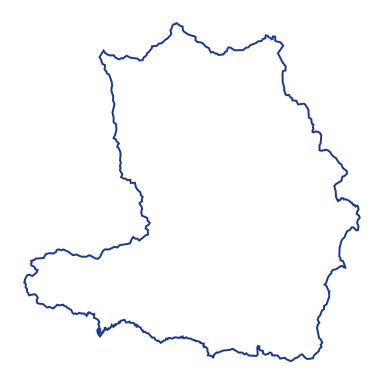 the district of Chiang Dao, Chiang Mai, Thailand
{"feature_id": "78962969B42466635698108", "entity_name": "Chiang Dao", "entity_type": "district", "adm_level": 2, "iso_a3": "THA", "parent_name": "Thailand", "parent_adm1": "Chiang Mai", "projection": "mercator", "projection_center": [98.857, 19.536], "detail": "fine", "context": "isolated", "style": "outline", "palette": "blue", "viewbox_px": 384, "rotation_deg": 0, "n_neighbors": 0, "source": "geoboundaries", "source_scale": "gbopen_adm2", "svg_char_len": 5936}
<svg xmlns="http://www.w3.org/2000/svg" viewBox="0 0 384 384"><path d="M273.0,36.4L272.6,38.9L271.6,39.3L270.2,37.7L268.5,37.2L267.5,35.6L265.7,35.4L265.3,38.3L262.9,39.0L261.5,41.0L258.2,41.4L256.2,42.9L250.2,45.3L248.2,47.4L246.0,47.7L243.1,50.1L234.7,50.3L230.4,47.6L228.7,47.4L227.7,48.3L226.8,51.3L225.5,51.6L223.3,54.4L218.5,55.0L217.2,53.7L215.6,53.6L212.9,52.0L210.8,52.4L208.8,48.1L205.6,46.5L202.5,42.9L197.2,41.9L195.5,40.2L195.7,37.5L195.2,36.6L188.7,34.7L184.4,32.0L182.9,30.3L182.6,26.6L180.6,26.0L176.3,23.0L175.4,24.0L173.3,24.5L172.3,25.9L171.5,28.8L170.4,30.2L171.3,33.6L170.5,35.2L167.0,38.9L165.7,39.4L161.8,43.1L158.8,43.7L156.8,45.9L152.0,46.3L151.9,48.0L149.2,51.6L147.1,53.2L146.5,55.3L143.8,57.4L142.5,60.2L139.5,60.5L137.5,58.6L130.4,57.7L126.6,55.7L122.9,58.5L121.2,58.2L119.0,59.4L115.4,57.5L113.8,55.3L109.5,55.4L107.2,54.4L105.1,52.9L103.6,50.6L99.5,57.1L101.0,59.5L102.4,63.9L105.0,65.2L104.6,69.6L106.4,71.5L106.9,73.3L109.2,74.7L111.7,82.1L112.2,85.9L111.5,87.8L111.5,91.1L113.3,96.9L112.9,100.3L114.5,104.0L112.5,112.5L113.7,118.1L113.5,121.4L114.1,122.8L116.1,124.1L116.4,129.7L115.2,134.8L113.6,138.1L116.0,139.6L116.7,141.4L118.9,143.5L117.6,145.4L117.3,147.0L118.2,147.5L120.0,151.0L120.6,153.9L120.1,160.3L120.8,162.9L119.9,166.6L120.7,167.9L119.9,170.0L122.4,174.6L121.0,177.0L123.9,178.7L125.5,178.5L127.3,180.2L130.2,179.9L130.8,182.9L134.9,182.8L135.9,187.2L137.4,189.7L140.4,192.4L140.8,195.0L142.7,197.0L141.9,199.1L142.0,201.2L139.7,203.0L139.6,203.9L141.7,206.8L142.0,209.2L141.2,212.3L141.9,215.6L147.1,217.9L147.8,221.0L149.7,222.7L148.9,224.5L146.3,226.2L145.6,228.1L145.7,228.7L147.8,229.8L148.0,234.6L145.9,235.2L139.5,240.4L138.8,240.3L137.6,238.7L135.1,238.6L133.2,237.0L131.9,238.6L130.0,243.4L119.8,245.2L117.4,247.4L114.3,246.9L109.0,249.4L104.5,249.5L102.6,251.5L100.0,257.0L97.9,258.8L95.5,258.5L89.6,255.2L86.0,256.8L81.1,256.6L76.6,254.5L72.9,255.1L68.1,251.7L63.4,249.5L61.5,250.2L58.4,249.4L56.7,250.0L56.2,251.8L53.1,253.6L49.8,253.1L45.9,254.1L43.6,258.0L35.5,258.6L34.9,259.7L31.3,260.8L31.8,262.1L31.0,263.7L31.5,265.5L33.7,266.4L35.0,267.8L35.4,269.4L37.5,269.9L36.7,272.5L32.4,276.0L29.1,274.7L27.0,275.4L24.7,280.0L25.0,281.6L24.3,282.5L25.8,284.0L25.6,287.3L27.0,288.9L27.1,291.4L29.2,295.3L33.5,294.3L35.7,294.6L37.8,297.7L36.6,300.4L37.0,302.7L38.7,303.6L43.0,304.1L47.0,307.5L49.4,306.9L53.3,308.4L57.4,304.7L59.3,305.4L63.3,304.7L64.3,306.0L66.3,306.5L67.0,307.6L71.1,309.8L72.6,312.9L73.8,313.9L75.1,313.4L76.7,314.1L79.5,312.9L81.9,313.6L83.8,313.4L86.5,315.7L86.7,314.6L87.2,314.8L88.2,313.8L87.8,313.1L88.4,312.5L89.5,312.4L92.8,314.4L94.2,314.0L94.0,317.7L97.1,319.1L99.0,321.3L99.2,322.6L98.5,323.8L99.7,329.3L98.3,328.8L97.2,330.6L97.7,332.6L100.0,330.6L99.5,333.5L98.6,334.6L100.0,336.4L102.3,333.2L101.4,332.4L103.3,332.3L103.4,330.5L104.8,330.1L104.8,328.3L105.6,328.8L105.8,328.2L107.4,329.8L108.3,328.5L108.7,329.0L110.3,327.8L111.7,325.1L112.3,326.3L113.9,325.2L113.9,326.4L115.8,325.0L116.0,324.1L118.9,323.3L119.1,322.0L120.0,322.4L120.6,320.9L124.5,319.8L126.1,322.5L128.8,322.2L129.3,321.6L130.4,322.8L133.3,322.8L134.9,324.2L134.8,325.0L136.1,324.7L136.1,325.6L137.2,325.4L137.0,326.6L138.2,326.2L140.6,327.7L142.2,330.6L143.2,330.7L143.4,332.0L145.3,331.9L146.6,333.0L148.1,333.2L152.2,337.6L154.2,337.6L155.2,339.5L157.8,341.1L158.7,340.8L160.8,342.8L163.9,340.5L165.0,340.5L166.0,339.6L166.1,338.7L167.6,339.2L167.8,338.4L169.2,337.9L172.1,338.6L175.0,337.3L179.7,337.9L181.0,336.8L181.5,337.4L182.7,336.6L183.1,338.0L184.0,338.4L186.2,337.3L187.1,338.2L190.9,338.7L192.6,339.8L194.8,340.1L195.0,340.8L199.4,341.6L200.5,342.2L200.5,343.0L203.8,343.7L203.3,345.8L204.1,347.1L204.7,346.5L207.4,348.5L207.5,351.6L208.6,353.4L207.9,355.3L211.8,356.0L212.6,357.3L213.3,357.4L214.0,354.8L216.5,352.5L217.5,352.8L223.2,350.5L229.3,350.0L232.6,348.8L239.1,352.7L242.0,352.5L244.5,354.4L246.3,353.3L248.8,355.5L256.6,355.9L257.7,354.5L257.3,347.6L257.9,346.0L259.4,346.4L259.3,349.3L260.8,350.5L262.8,350.8L263.1,353.4L265.3,354.7L268.1,353.9L269.4,352.7L270.7,352.6L271.6,353.3L272.2,355.4L277.5,355.4L280.2,358.6L284.7,357.7L286.4,359.2L290.3,361.0L292.3,360.5L295.3,358.1L297.3,357.6L301.3,354.4L302.4,354.5L305.1,357.7L307.3,359.0L312.9,358.3L313.9,355.5L318.6,351.3L319.5,348.9L321.5,346.8L320.6,345.0L322.3,342.6L320.5,339.1L319.1,338.0L317.0,327.8L317.6,326.5L317.4,325.2L319.3,322.8L317.6,319.7L318.2,317.7L320.1,315.4L321.9,310.7L324.0,309.2L324.0,306.1L326.6,304.2L329.3,296.4L329.0,292.8L329.5,291.4L328.6,290.8L326.4,285.9L324.6,284.5L326.0,283.3L327.7,278.0L329.8,274.7L331.4,273.3L331.4,271.7L332.9,269.9L336.0,269.3L341.0,266.0L342.5,266.1L344.4,267.7L345.4,267.6L343.1,261.1L340.5,260.3L340.5,258.2L339.3,256.4L339.6,247.9L341.1,241.8L342.6,238.9L344.3,237.6L347.0,231.3L349.9,229.9L351.7,227.4L353.5,227.4L356.3,230.4L357.9,230.1L358.5,226.3L357.1,222.8L358.0,219.7L359.7,217.8L359.0,215.6L356.7,214.0L357.2,211.6L358.5,209.7L358.2,207.1L357.4,205.7L355.7,206.5L355.3,205.4L354.5,205.6L353.8,204.6L353.2,204.9L351.8,202.6L351.2,202.8L349.3,200.8L345.7,199.3L343.8,199.5L343.5,198.3L341.2,198.2L340.9,199.4L339.7,200.3L338.7,200.0L338.7,200.9L338.0,201.1L335.9,196.7L335.8,191.9L334.3,185.9L336.2,183.9L341.3,181.0L342.4,176.7L344.5,176.0L347.0,173.7L346.7,170.9L342.9,168.1L341.3,164.2L339.2,163.1L336.0,158.2L333.3,156.4L331.1,153.9L330.6,152.6L328.3,150.6L326.1,149.7L321.4,150.8L319.5,150.2L319.5,145.2L320.6,143.5L321.3,135.3L320.0,133.0L318.0,131.9L315.7,131.4L313.7,132.4L312.6,132.0L312.4,130.9L313.4,129.1L312.9,126.9L313.5,124.6L311.8,123.5L311.2,119.0L308.8,117.5L308.4,109.6L305.0,104.2L303.6,103.7L298.2,104.5L296.3,100.8L292.3,100.3L292.1,98.2L290.2,97.1L288.9,94.9L286.5,95.2L285.7,94.7L284.0,89.7L284.4,88.1L282.7,82.3L282.5,74.5L282.9,71.1L285.5,70.5L285.7,66.3L282.7,62.6L277.9,53.2L283.2,45.8L280.5,42.3L275.8,41.2L275.1,40.3L275.4,37.3L274.9,36.7L273.0,36.4Z" fill="none" stroke="#1e3a8a" stroke-width="2"/></svg>